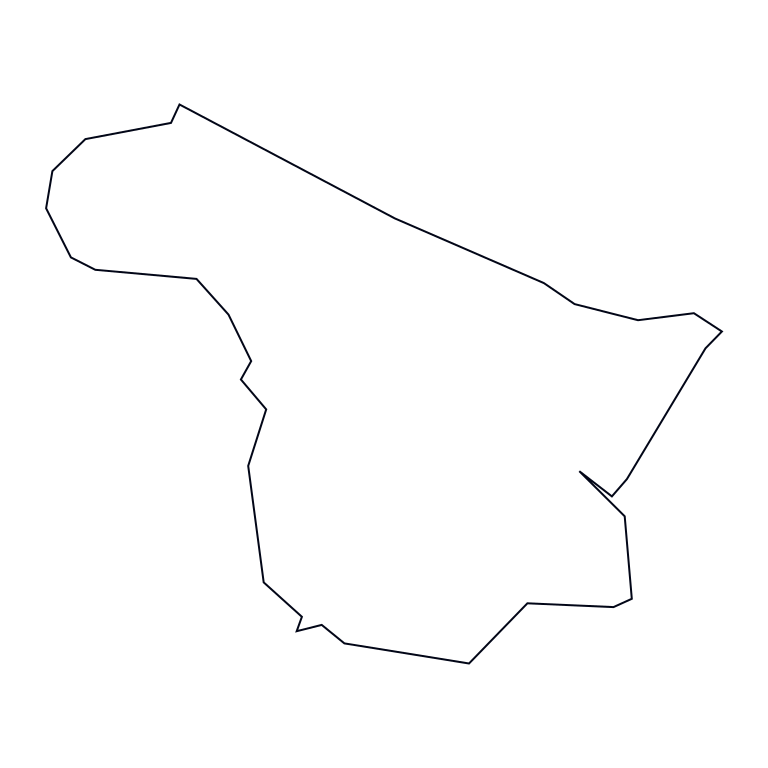 the district of McLean, Kentucky, United States of America
{"feature_id": "52423323B25082659820780", "entity_name": "McLean", "entity_type": "district", "adm_level": 2, "iso_a3": "USA", "parent_name": "United States of America", "parent_adm1": "Kentucky", "projection": "mercator", "projection_center": [-87.273, 37.532], "detail": "fine", "context": "isolated", "style": "outline", "palette": "ink", "viewbox_px": 768, "rotation_deg": 0, "n_neighbors": 0, "source": "geoboundaries", "source_scale": "gbopen_adm2", "svg_char_len": 530}
<svg xmlns="http://www.w3.org/2000/svg" viewBox="0 0 768 768"><path d="M228.5,314.6L251.2,361.1L240.9,379.5L266.2,409.4L248.2,465.9L263.7,582.4L301.9,616.8L296.7,631.2L321.7,624.9L344.4,643.4L469.0,663.5L527.4,603.3L613.5,607.1L631.8,598.8L624.7,516.3L579.3,471.2L611.9,496.4L626.9,479.1L705.5,348.3L721.9,331.5L693.9,313.2L638.0,320.2L574.6,304.1L543.9,283.1L394.8,218.4L179.5,104.5L171.0,122.9L85.4,139.1L52.4,171.1L46.1,208.3L70.9,257.4L95.3,269.8L196.5,278.9L228.5,314.6Z" fill="none" stroke="#020617" stroke-width="2"/></svg>